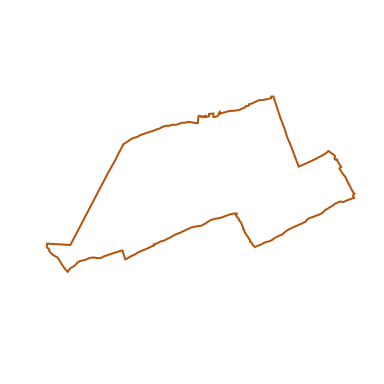 the district of Secu, Dolj, Romania, rotated 163°
{"feature_id": "2599482B59560805166375", "entity_name": "Secu", "entity_type": "district", "adm_level": 2, "iso_a3": "ROU", "parent_name": "Romania", "parent_adm1": "Dolj", "projection": "natural_earth1", "projection_center": [23.29, 44.48], "detail": "fine", "context": "isolated", "style": "outline", "palette": "amber", "viewbox_px": 384, "rotation_deg": 163, "n_neighbors": 0, "source": "geoboundaries", "source_scale": "gbopen_adm2", "svg_char_len": 5975}
<svg xmlns="http://www.w3.org/2000/svg" viewBox="0 0 384 384"><g transform="rotate(163 192 192)"><path d="M345.6,185.0L346.4,183.4L346.9,182.3L346.7,181.0L345.7,179.6L345.3,178.8L345.5,178.2L345.8,177.4L345.0,175.4L344.2,173.7L343.1,172.2L341.7,170.6L340.1,169.2L339.0,166.7L337.6,160.6L336.2,156.5L335.7,155.2L334.2,152.0L333.6,152.5L332.7,153.3L331.1,154.3L330.0,154.8L328.8,155.1L327.1,155.4L326.1,155.7L325.2,156.1L324.6,156.4L323.7,157.0L322.7,157.7L321.8,158.2L320.5,158.5L318.8,158.7L317.7,158.6L316.5,158.4L315.0,158.3L313.4,158.3L312.5,158.4L311.8,158.7L310.1,158.7L307.8,158.7L306.5,158.4L305.1,158.1L303.4,157.3L302.4,156.7L301.1,156.2L300.0,155.8L299.1,155.6L298.1,155.6L297.3,155.6L296.1,156.0L295.1,156.2L294.1,156.3L293.2,156.3L292.4,156.2L291.2,156.3L289.5,156.4L287.5,156.4L286.0,156.5L284.7,156.5L282.5,156.5L281.0,156.5L278.8,156.6L277.6,156.7L276.8,156.6L275.9,156.5L275.6,156.4L275.6,147.2L274.4,147.2L273.1,147.5L272.1,147.7L270.0,148.2L269.9,148.1L269.2,148.3L265.1,149.0L263.5,149.4L260.7,150.1L257.8,150.4L253.6,150.8L251.4,151.0L246.7,151.7L243.8,152.0L243.8,153.1L242.4,153.0L240.4,153.1L237.7,153.7L235.4,153.9L234.5,153.7L234.1,153.6L230.4,154.2L226.8,154.8L223.2,155.6L220.6,156.1L216.8,156.5L215.3,156.5L213.0,156.9L209.8,157.4L207.9,157.7L205.9,157.8L203.7,158.3L200.2,158.1L198.1,157.9L196.7,157.6L195.0,157.5L193.7,157.2L192.4,157.1L190.4,157.6L190.0,157.7L188.9,157.8L187.3,158.3L186.0,158.7L184.1,159.3L182.2,159.7L179.9,159.7L177.1,159.6L174.4,159.1L171.2,159.0L169.2,159.1L167.1,159.3L164.9,159.3L162.4,159.5L157.6,159.1L156.9,158.9L155.9,158.6L155.4,158.2L155.7,157.6L156.2,157.6L156.6,157.6L156.9,157.4L156.8,156.8L156.6,155.6L155.0,152.0L155.1,150.4L154.2,149.4L153.7,144.9L153.6,142.0L153.9,141.4L153.3,140.8L153.5,139.9L153.3,138.1L152.9,136.2L152.5,135.3L151.9,133.3L151.5,132.2L151.3,130.9L150.7,129.1L150.6,128.0L151.0,127.5L150.7,127.3L150.1,126.4L149.8,125.6L149.7,124.7L149.3,123.4L149.0,122.9L148.7,122.7L148.0,120.9L145.7,121.3L144.8,121.3L143.3,121.4L142.1,121.5L140.9,121.6L139.7,122.0L138.7,122.2L137.5,122.3L136.1,122.5L133.7,122.4L132.8,122.3L131.6,122.2L131.5,122.3L130.6,122.5L129.3,122.8L127.8,123.3L126.1,124.0L125.6,124.1L124.4,124.1L121.2,124.8L120.1,124.9L118.9,124.9L118.2,125.0L116.6,125.7L115.2,126.3L113.9,126.9L113.2,127.1L111.4,127.7L109.8,128.0L108.5,128.1L107.4,128.4L106.3,128.6L103.4,128.9L99.6,129.4L97.8,129.6L97.4,129.7L96.5,129.7L95.9,129.8L94.9,130.0L93.6,130.2L92.9,130.2L92.4,130.3L91.2,130.9L90.3,131.8L89.8,132.0L88.9,132.4L87.6,132.7L86.4,132.8L83.4,132.8L82.2,132.9L81.3,133.0L80.1,133.1L79.3,133.0L77.9,133.1L73.7,133.8L73.2,134.0L72.7,134.4L70.8,135.2L70.1,135.7L69.4,136.0L68.8,136.1L66.9,136.4L64.9,137.1L61.9,137.7L61.4,137.8L61.1,137.9L59.7,138.6L58.3,139.1L57.8,139.1L57.2,139.0L55.5,139.4L54.8,139.5L53.3,139.6L52.5,139.4L51.5,138.7L50.7,138.2L50.2,138.1L48.4,138.4L44.8,138.8L41.9,138.9L39.5,139.0L38.7,139.0L39.0,140.2L39.2,141.0L38.8,141.6L38.5,142.2L38.2,142.5L37.5,142.7L37.1,143.0L37.8,143.7L37.8,144.1L37.9,144.3L38.0,144.7L38.5,146.9L39.0,149.7L39.6,153.3L39.7,154.1L40.0,154.1L40.1,155.7L40.3,156.8L40.3,157.0L40.4,157.4L40.5,158.5L40.6,159.1L40.6,159.6L40.7,160.2L40.8,160.9L41.4,162.6L42.1,164.5L42.2,164.8L42.5,165.3L44.0,170.5L44.2,171.1L44.1,171.6L43.7,171.8L42.4,172.3L42.0,172.4L42.2,173.1L42.6,174.4L44.0,179.6L44.1,179.8L44.3,180.0L43.9,180.1L43.6,180.4L43.6,180.5L44.0,180.8L44.8,181.1L45.4,181.2L45.7,181.3L45.9,181.7L46.0,182.0L45.9,182.5L45.6,182.9L45.1,183.6L45.0,183.8L44.9,184.2L44.8,184.4L44.8,184.5L44.8,184.8L44.9,185.1L45.2,185.7L46.3,187.1L47.1,188.1L47.2,188.3L47.6,188.7L47.7,188.9L49.5,191.3L51.1,190.5L52.6,190.0L54.5,189.4L58.2,188.6L64.1,187.5L72.8,186.2L80.8,185.3L82.6,185.1L82.7,186.8L82.8,188.8L84.0,208.2L84.9,215.7L85.0,219.8L84.9,221.8L85.0,223.2L84.9,225.1L85.2,228.1L85.5,233.2L85.8,236.3L86.2,259.2L86.2,259.5L88.4,260.1L88.9,258.6L90.3,258.7L92.5,258.7L94.7,259.0L96.5,259.1L97.8,259.4L99.3,259.7L100.2,260.0L101.1,260.2L102.1,260.2L103.4,259.9L104.8,259.7L105.5,259.7L106.9,259.4L109.2,259.1L110.8,259.2L111.8,259.3L112.1,258.6L112.5,258.1L112.9,257.9L113.5,257.9L115.0,258.3L115.4,258.4L116.1,257.8L116.6,257.4L118.9,257.2L120.4,257.0L120.6,257.1L121.1,257.0L122.2,256.6L122.8,256.7L123.6,256.9L124.2,256.8L127.1,257.3L128.6,257.5L130.3,257.9L132.2,258.5L133.4,258.6L135.0,258.6L137.6,258.6L138.6,258.8L139.4,258.7L140.8,258.7L141.4,258.6L142.2,258.6L141.9,260.2L141.9,260.5L142.9,259.8L143.4,259.3L143.6,258.7L144.0,258.0L144.2,257.7L144.6,257.5L145.3,257.3L146.3,257.1L146.9,257.1L147.6,257.1L148.2,257.2L149.6,257.4L148.7,260.9L153.1,261.6L153.8,259.3L157.0,259.7L156.8,260.5L157.3,260.5L157.3,260.9L157.8,260.7L157.9,260.3L159.6,260.4L159.5,260.9L161.1,261.2L160.9,261.8L162.1,262.3L163.5,262.7L166.4,256.1L166.7,256.2L167.4,256.5L167.9,256.7L168.3,256.8L168.9,257.2L169.3,257.4L169.7,257.6L170.2,257.8L170.8,258.1L171.2,258.3L171.5,258.5L171.8,258.7L172.3,258.9L172.6,259.0L173.2,259.3L173.7,259.5L174.1,259.8L174.4,260.0L174.8,260.1L175.3,260.0L175.5,260.0L176.1,260.2L176.4,260.3L176.7,260.2L177.6,260.2L178.2,260.3L178.8,260.5L179.7,260.7L180.7,261.0L181.5,261.2L182.2,261.1L182.7,261.1L183.5,261.0L184.0,261.0L184.7,260.9L186.8,261.0L187.5,261.0L188.2,261.1L188.8,261.2L189.7,261.6L190.4,261.9L190.8,262.0L191.3,262.0L191.8,262.1L192.4,262.1L193.0,262.1L193.8,262.0L194.5,262.0L195.1,262.0L195.6,262.2L196.0,262.3L196.4,262.5L197.1,262.8L197.5,263.1L197.9,263.1L198.7,262.9L199.3,262.8L199.9,262.8L200.8,262.9L201.2,263.0L201.7,263.0L202.2,262.8L203.0,262.5L203.5,262.3L204.9,262.2L206.1,262.2L207.0,262.2L208.0,262.2L209.3,262.0L210.4,261.9L211.2,261.9L212.2,261.8L213.2,261.9L214.4,261.9L215.9,261.8L217.5,261.8L219.0,261.8L220.2,261.7L222.1,261.6L223.3,261.5L224.3,261.6L224.9,261.6L225.8,261.3L226.9,260.9L227.8,260.8L229.5,260.8L230.5,260.7L232.0,260.7L233.5,260.7L243.8,257.7L245.2,256.2L246.2,255.1L250.5,250.9L255.7,245.3L266.4,235.1L323.8,176.9L345.6,185.0Z" fill="none" stroke="#b45309" stroke-width="2"/></g></svg>